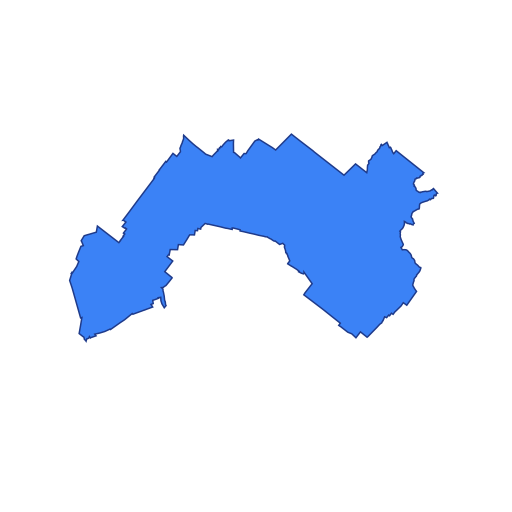 the district of Calera, Zacatecas, Mexico, rotated 216°
{"feature_id": "50627088B82170663698753", "entity_name": "Calera", "entity_type": "district", "adm_level": 2, "iso_a3": "MEX", "parent_name": "Mexico", "parent_adm1": "Zacatecas", "projection": "natural_earth1", "projection_center": [-102.752, 22.979], "detail": "fine", "context": "isolated", "style": "filled", "palette": "blue", "viewbox_px": 512, "rotation_deg": 216, "n_neighbors": 0, "source": "geoboundaries", "source_scale": "gbopen_adm2", "svg_char_len": 6081}
<svg xmlns="http://www.w3.org/2000/svg" viewBox="0 0 512 512"><g transform="rotate(216 256 256)"><path d="M216.9,424.8L218.8,419.6L220.2,420.0L220.3,419.5L219.7,418.0L219.9,417.4L219.6,416.7L219.3,415.5L219.6,414.3L219.7,412.9L219.3,411.7L219.7,409.8L219.8,408.2L220.6,406.2L220.8,405.3L220.2,403.8L219.9,401.9L220.3,400.4L220.8,399.2L220.1,398.1L219.2,397.5L219.0,396.5L219.1,395.1L217.9,393.1L216.6,391.2L215.4,388.5L229.6,389.0L232.3,373.1L269.9,374.4L271.8,374.6L288.0,375.0L299.0,375.4L302.4,353.3L306.4,353.3L322.7,352.1L322.6,350.9L323.2,350.9L324.5,348.3L324.5,345.7L324.5,336.2L324.2,333.5L324.2,333.0L324.4,332.8L325.9,331.9L326.1,328.1L326.2,326.2L327.3,326.4L334.0,327.0L335.1,326.7L340.5,333.9L342.3,336.6L345.5,333.4L346.2,333.8L346.6,333.7L347.5,330.2L347.9,326.7L347.9,324.1L348.9,323.9L348.7,321.9L349.1,321.9L348.8,319.7L349.7,319.6L348.7,318.2L349.0,318.0L349.8,312.5L349.9,310.6L356.6,308.8L358.7,309.0L366.8,309.4L368.7,309.4L373.0,309.7L377.9,310.2L385.5,311.2L385.1,310.4L384.2,309.3L383.5,308.3L383.0,306.6L382.6,305.1L382.2,304.2L381.6,301.2L381.1,299.8L381.0,299.0L380.6,298.1L379.6,297.3L378.4,295.9L378.6,290.0L383.5,290.2L383.6,279.4L384.6,279.5L384.8,271.5L384.9,268.7L384.6,268.6L384.8,260.1L384.3,260.0L384.3,258.9L383.9,258.9L384.4,230.7L384.5,217.5L384.7,206.7L384.4,207.0L381.2,207.0L381.4,202.8L381.5,201.2L378.9,201.3L378.5,201.4L378.5,201.8L378.3,201.9L376.6,201.8L376.7,196.6L375.1,196.6L375.2,194.0L374.7,194.0L374.9,188.7L374.7,188.7L374.8,186.2L401.9,187.0L399.2,181.4L403.9,175.3L404.8,174.2L406.9,171.4L406.4,165.6L405.2,165.0L401.8,162.9L403.3,160.9L401.8,154.8L400.7,150.7L399.8,147.9L396.1,147.4L394.9,142.1L394.7,137.1L394.6,134.6L395.3,134.7L395.2,133.1L394.6,133.1L392.4,126.7L386.0,122.1L361.5,102.8L360.7,103.9L357.2,96.9L353.5,89.3L348.4,89.1L348.0,89.2L347.5,89.1L346.7,88.5L345.9,87.7L345.5,87.6L344.6,87.6L344.2,87.5L343.4,87.2L344.2,89.4L343.0,91.2L343.4,92.9L341.9,92.4L341.9,92.5L338.5,97.4L340.5,98.0L337.1,101.9L334.0,106.0L331.1,111.1L330.5,111.0L326.7,122.2L324.9,127.0L322.3,136.7L321.4,136.5L309.6,154.0L312.5,155.1L311.2,157.1L313.5,159.4L311.8,161.8L310.0,164.5L310.6,164.8L308.8,166.6L306.6,163.9L304.0,162.0L299.8,160.2L299.6,163.0L300.8,163.7L301.7,164.8L302.5,165.6L303.6,166.3L304.2,166.8L306.6,169.5L309.8,172.5L310.6,173.0L311.6,174.3L311.9,174.5L313.9,174.9L312.5,176.1L312.3,177.3L311.5,179.2L311.2,184.0L311.0,189.0L311.3,189.2L320.6,189.7L320.4,203.0L327.6,203.2L327.5,205.9L326.9,205.9L329.2,210.8L323.2,215.0L325.5,219.6L321.2,222.3L321.6,228.5L322.1,234.1L318.2,236.9L320.2,240.9L318.2,242.1L319.2,244.1L316.6,245.2L317.3,246.8L316.3,252.4L315.7,252.7L313.8,253.3L313.6,253.6L313.3,253.8L301.7,258.8L297.1,260.6L295.0,261.7L291.5,263.2L290.9,263.5L291.7,264.7L291.2,264.9L291.0,265.2L287.6,266.6L284.2,267.9L283.6,266.9L280.5,268.3L274.7,270.7L270.4,272.6L266.1,274.3L262.0,276.2L261.7,276.4L260.4,276.8L260.2,277.0L259.7,277.1L258.8,277.6L258.2,278.1L257.5,278.0L254.7,278.3L254.2,278.5L250.8,278.6L249.9,278.8L249.3,279.4L243.7,279.2L241.8,282.0L240.8,281.8L239.4,281.7L238.7,281.0L238.4,280.4L238.4,280.0L236.3,278.5L234.9,277.4L234.1,276.4L232.7,276.3L232.7,275.8L231.9,275.8L230.4,274.9L230.4,274.7L225.8,271.9L225.9,268.6L225.8,268.3L221.3,268.6L221.2,268.7L215.1,269.1L212.1,269.0L212.2,268.3L209.3,268.7L208.1,269.1L207.1,269.4L206.9,270.2L207.6,271.1L194.3,266.6L194.7,255.0L194.5,252.7L171.0,252.2L148.3,251.2L148.3,248.5L145.8,248.6L137.0,248.3L132.9,249.3L132.5,249.3L127.1,248.6L126.9,256.0L118.4,255.6L118.1,256.6L117.3,262.0L116.2,269.5L115.9,272.3L115.6,274.1L115.0,275.7L115.4,278.0L115.2,278.2L116.2,282.4L114.1,282.9L113.9,286.2L112.8,286.2L112.8,289.3L110.8,289.4L110.8,292.5L110.7,292.7L109.3,300.7L109.4,304.8L105.1,304.8L105.3,321.7L107.2,322.3L108.8,322.9L109.4,323.2L111.5,324.2L112.0,324.5L112.4,325.2L113.3,327.6L113.6,328.9L114.0,329.3L114.4,329.8L114.7,331.1L114.5,332.3L114.6,333.0L114.4,333.9L114.6,334.7L114.9,335.0L114.6,338.8L114.7,340.4L115.5,343.0L115.9,343.5L117.2,343.0L120.0,343.6L121.2,343.6L122.9,343.8L123.5,344.1L125.0,345.6L126.9,346.3L128.4,346.2L129.2,346.4L130.7,347.7L131.5,348.2L132.6,348.6L133.4,348.8L134.4,348.9L136.0,349.3L137.5,349.4L137.9,349.2L138.3,349.2L139.9,348.2L141.3,347.0L143.8,348.2L143.2,349.4L143.4,351.4L143.7,352.0L145.7,353.1L148.4,354.7L150.7,356.4L151.6,358.0L152.6,358.9L153.3,360.5L154.2,360.6L154.1,362.2L153.8,363.5L153.7,365.1L153.9,366.2L154.3,368.0L155.0,369.5L156.3,371.2L155.1,371.4L154.2,371.3L153.8,371.1L153.3,371.4L152.3,371.5L151.4,372.1L150.7,372.1L150.0,372.8L148.8,372.9L147.9,373.2L147.2,373.5L147.5,374.1L147.4,375.0L147.2,375.4L147.7,375.7L149.3,376.4L150.2,377.3L150.7,377.4L151.1,378.0L153.0,378.5L153.6,378.9L154.0,380.2L154.3,381.0L154.8,381.7L154.8,381.9L154.9,382.6L154.8,383.6L155.0,384.3L154.5,385.0L152.8,388.8L151.8,389.8L151.7,390.2L152.1,390.5L152.3,391.3L153.2,392.6L154.1,394.2L153.8,395.6L153.2,396.8L151.3,399.5L149.8,401.4L149.2,402.8L149.1,403.9L148.2,403.9L148.0,404.0L147.8,404.6L147.9,405.0L147.9,405.4L147.7,405.8L147.1,406.3L146.6,406.6L146.4,407.0L146.7,407.7L147.4,409.1L147.6,409.8L147.4,410.2L147.0,410.4L146.2,410.2L145.9,410.5L145.9,410.9L146.6,412.1L146.4,413.3L146.2,413.5L152.1,414.9L152.3,414.2L152.1,413.7L152.3,413.1L152.4,412.9L152.8,412.8L153.4,411.0L155.0,409.2L156.0,408.3L156.5,408.3L157.1,407.8L158.9,406.0L159.5,405.3L160.3,404.0L160.7,404.2L160.9,404.1L161.1,403.5L161.8,403.3L163.2,403.4L164.0,403.3L164.9,403.3L165.4,403.7L166.2,404.6L166.8,405.0L168.1,405.5L168.9,405.4L169.3,405.5L169.3,406.1L169.4,406.4L171.0,406.8L171.4,407.8L171.7,409.3L171.7,410.1L172.3,411.1L172.5,411.7L171.8,412.6L172.0,413.4L171.2,413.8L171.0,414.3L170.3,414.9L169.9,415.4L169.8,415.9L169.7,416.4L170.1,416.8L170.1,417.1L169.8,417.8L169.7,418.3L169.4,418.3L169.2,418.7L169.1,419.9L169.3,420.3L169.0,420.5L169.4,420.8L169.5,421.1L169.4,421.7L169.2,422.0L204.5,423.6L204.7,419.7L205.5,419.9L206.9,420.5L208.3,421.5L209.4,422.0L210.3,422.7L211.2,423.0L211.8,422.0L213.6,423.1L214.8,423.7L216.1,424.6L216.7,424.6L216.9,424.8Z" fill="#3b82f6" stroke="#1e3a8a" stroke-width="1.5"/></g></svg>